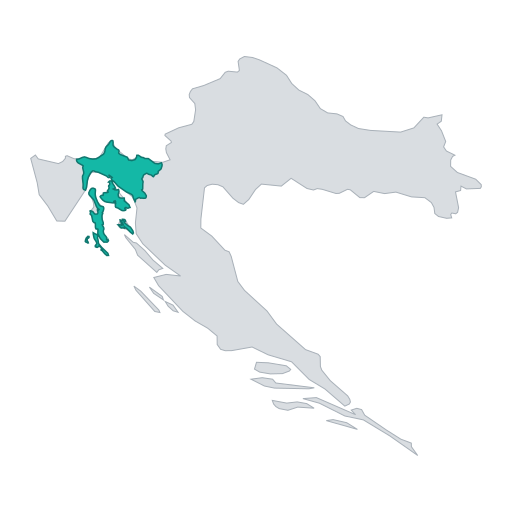 where Primorsko-Goranska sits in Croatia
{"feature_id": "HRV-1586", "entity_name": "Primorsko-Goranska", "entity_type": "County", "adm_level": 1, "iso_a3": "HRV", "parent_name": "Croatia", "parent_adm1": "", "projection": "natural_earth1", "projection_center": [14.596, 45.075], "detail": "fine", "context": "in_parent", "style": "filled", "palette": "teal", "viewbox_px": 512, "rotation_deg": 0, "n_neighbors": 0, "source": "natural_earth", "source_scale": "10m", "svg_char_len": 9038}
<svg xmlns="http://www.w3.org/2000/svg" viewBox="0 0 512 512"><path d="M35.4,155.0L38.2,158.9L58.4,163.6L62.7,161.5L65.4,158.3L65.4,156.3L67.1,155.7L74.2,158.8L95.9,158.5L100.3,156.1L108.5,142.6L111.2,141.4L112.9,142.0L114.2,146.0L117.3,149.7L128.3,158.8L132.4,159.8L136.5,157.4L140.7,156.7L152.6,161.4L162.7,162.3L170.1,159.8L166.4,152.6L165.8,148.9L166.3,145.7L171.4,142.5L171.1,141.1L164.9,135.5L165.2,134.1L178.7,127.8L191.8,124.3L193.8,121.5L195.6,109.8L194.8,103.5L189.5,97.6L189.2,94.6L190.4,91.5L192.5,88.8L203.8,85.5L220.2,78.6L225.2,72.3L228.2,71.2L237.4,72.1L239.4,70.5L238.1,61.4L239.7,59.0L244.4,56.5L252.5,57.5L259.3,59.8L277.0,67.9L286.5,75.3L291.8,83.6L298.9,90.1L307.9,94.6L315.0,100.8L320.3,108.6L327.6,112.9L337.0,113.9L343.0,116.5L345.5,120.9L350.7,124.9L358.4,128.5L370.4,130.4L400.6,132.1L413.9,127.9L423.8,117.2L428.1,117.9L442.0,114.8L441.3,121.2L437.1,124.1L441.5,130.8L445.7,141.5L443.6,146.9L446.4,151.0L454.9,155.2L452.6,156.4L450.7,160.0L450.6,166.4L457.4,172.5L475.7,179.2L481.2,184.6L481.3,186.8L480.3,188.4L466.4,188.9L461.0,186.1L460.6,190.5L455.5,191.9L458.6,207.7L457.6,212.3L455.7,213.8L451.8,213.0L450.7,214.5L451.7,217.9L446.6,218.3L438.5,216.5L434.8,213.5L434.0,207.4L431.4,202.6L424.9,197.7L411.5,196.9L395.9,192.1L384.6,193.6L373.7,191.4L364.5,197.7L359.8,197.6L350.3,189.8L347.5,189.3L339.3,193.3L336.0,193.5L322.2,189.3L317.2,188.6L313.5,190.0L307.0,188.5L291.1,178.3L281.3,186.1L261.4,184.1L255.5,189.5L248.8,199.5L243.4,204.3L238.6,202.6L232.9,198.2L222.9,186.8L217.9,184.7L212.2,184.2L207.2,185.5L204.5,187.8L200.9,219.1L200.8,228.0L211.8,236.1L224.9,250.2L229.1,251.8L231.2,256.4L237.8,281.5L244.5,290.4L267.0,311.0L276.6,324.1L305.5,349.6L318.1,354.2L320.2,356.6L320.4,366.5L321.8,370.2L330.3,380.7L347.7,395.9L349.8,399.4L350.4,402.0L349.3,404.0L344.8,406.1L324.8,388.9L309.2,379.5L291.6,361.8L268.1,354.8L252.1,347.0L231.8,350.6L225.2,350.7L220.6,349.3L217.2,344.5L217.1,336.0L207.7,328.2L195.0,320.9L182.9,311.4L158.6,285.7L153.8,277.5L166.2,274.4L180.6,276.0L165.1,265.1L142.8,243.8L136.2,233.7L135.4,222.9L137.0,208.0L133.0,197.3L116.0,183.5L109.7,176.3L97.2,172.0L91.5,172.4L88.2,177.8L85.7,189.7L64.9,221.2L56.8,221.0L47.8,206.0L39.2,194.7L37.2,182.7L30.7,158.4L35.4,155.0ZM411.3,443.1L411.4,446.7L417.7,455.5L389.8,435.9L363.4,419.9L344.9,416.0L319.4,403.2L302.9,398.6L316.4,397.6L355.6,414.7L351.2,410.1L356.8,408.3L361.6,409.6L364.7,415.2L386.8,430.3L400.9,439.2L411.3,443.1ZM104.9,238.2L104.3,242.0L99.7,237.2L97.3,228.7L91.5,214.9L90.7,211.0L93.8,207.1L93.6,203.3L89.5,191.1L92.9,189.2L95.0,188.9L95.8,197.3L97.7,202.2L103.4,208.1L102.2,217.9L103.4,231.9L104.9,238.2ZM129.7,207.4L120.2,209.5L115.7,205.8L114.5,202.7L106.8,201.8L101.1,195.6L107.8,190.9L111.3,183.4L124.2,198.8L129.7,207.4ZM282.5,373.6L270.3,373.9L259.7,372.1L254.5,369.1L256.5,362.3L268.3,362.8L286.3,365.8L290.7,369.4L289.4,371.0L282.5,373.6ZM314.3,387.8L308.9,388.8L274.5,388.1L264.4,386.0L251.0,379.2L262.2,377.7L272.6,379.2L275.8,383.0L314.3,387.8ZM158.8,269.8L156.8,272.4L137.6,255.2L135.4,249.5L125.9,237.8L124.4,234.6L133.2,242.3L136.4,243.0L144.8,250.5L153.0,260.1L162.8,268.4L158.8,269.8ZM272.3,400.4L286.7,403.1L297.2,401.9L306.7,403.6L314.1,408.2L297.7,407.1L287.9,410.3L279.2,408.6L275.9,406.6L273.6,404.0L272.3,400.4ZM158.9,310.1L159.9,312.5L154.8,311.5L136.0,290.3L133.9,286.1L140.7,291.1L158.9,310.1ZM125.4,220.3L133.2,232.9L126.0,229.0L119.5,227.6L118.2,224.7L120.5,220.0L125.4,220.3ZM346.7,422.7L357.4,429.4L326.3,420.6L333.1,419.6L346.7,422.7ZM173.0,305.1L178.1,312.3L173.2,310.8L168.2,306.3L165.2,301.5L173.0,305.1ZM162.2,296.4L163.4,299.9L153.7,293.4L149.4,287.1L162.2,296.4Z" fill="#d9dde1" stroke="#a8b0b8" stroke-width="1"/><path d="M158.2,163.9L161.4,162.8L161.6,163.2L161.9,163.9L162.1,164.6L162.1,165.1L162.0,165.5L162.0,166.0L161.7,166.9L161.1,168.8L160.7,169.3L160.2,169.7L158.8,170.9L158.3,171.3L158.2,171.6L158.1,171.9L158.2,172.8L158.0,173.2L157.5,173.7L155.0,174.6L154.8,174.8L154.5,175.1L153.5,176.7L153.3,176.7L153.1,176.6L152.4,176.2L152.2,175.8L151.7,175.3L150.9,174.9L148.7,174.3L147.8,173.8L147.2,173.4L146.7,173.3L146.4,173.3L143.7,174.9L143.3,175.7L142.9,176.8L142.8,177.4L142.7,177.7L142.5,177.9L142.3,178.1L142.1,178.2L141.9,178.6L141.9,179.1L142.4,180.1L142.7,180.7L142.9,181.3L143.1,181.8L142.8,183.7L142.7,188.7L142.6,189.2L142.4,189.5L142.1,189.6L141.7,189.8L141.8,190.3L142.0,190.6L144.8,193.1L146.3,195.7L146.3,196.3L146.2,196.9L145.9,197.7L145.6,198.0L145.2,198.2L143.8,198.3L141.7,198.1L140.5,198.2L140.2,198.1L139.6,197.6L139.2,197.5L138.6,197.7L135.8,199.2L135.6,199.5L135.5,199.8L135.5,201.1L135.1,201.7L133.2,197.8L132.9,196.1L132.1,194.9L131.0,194.1L126.3,191.9L118.0,186.1L114.0,181.5L113.0,180.9L111.7,179.7L111.1,178.4L112.2,177.5L111.3,176.7L108.5,174.8L109.9,176.3L110.1,176.5L109.9,177.2L109.2,177.6L108.4,177.6L107.7,177.1L106.7,176.1L98.4,172.3L95.4,171.7L94.1,171.0L92.9,170.8L91.5,171.8L89.9,174.1L88.4,177.0L87.4,180.4L86.6,187.1L85.5,190.2L83.7,189.5L83.4,189.1L83.1,188.5L83.0,187.9L83.0,187.1L83.1,186.2L83.1,183.9L82.5,178.5L82.5,176.8L82.5,176.2L82.7,175.7L83.4,174.4L83.7,173.4L83.7,172.6L83.6,171.6L82.9,168.7L82.7,167.7L82.8,167.0L83.0,166.5L83.2,166.0L83.0,165.6L82.3,165.2L78.3,163.0L77.6,162.4L76.9,161.4L76.6,160.6L76.5,160.1L76.6,159.3L76.8,159.3L78.8,159.0L82.4,157.4L84.4,156.9L86.0,157.3L89.1,158.5L92.6,159.1L96.2,158.8L99.1,157.3L100.5,156.1L103.5,154.2L104.5,152.5L104.9,151.2L105.2,149.0L105.3,148.6L105.8,147.3L106.5,146.4L108.4,144.5L109.2,143.4L110.2,141.5L110.8,140.9L111.2,140.7L112.1,140.4L112.9,140.8L113.1,142.3L113.0,144.1L113.1,145.4L113.8,146.6L114.8,147.5L117.4,149.4L117.9,149.6L118.4,149.8L118.9,150.4L119.0,151.1L118.7,152.9L118.8,153.4L120.3,154.5L127.4,157.3L128.6,160.0L131.8,160.6L135.1,159.6L136.5,157.3L136.8,155.3L138.2,155.2L139.9,156.2L141.3,157.3L142.4,157.5L143.1,157.5L143.9,157.9L144.7,158.5L148.4,158.6L149.2,159.2L154.8,163.4L158.2,163.9ZM106.9,238.0L106.5,238.9L106.5,239.7L107.0,240.0L108.0,239.4L108.5,240.7L108.0,241.4L107.4,242.0L106.9,242.2L106.0,242.1L103.8,242.1L100.3,238.6L97.8,233.6L98.0,229.3L97.6,229.2L97.4,229.1L97.2,228.9L96.9,228.7L96.2,229.1L95.7,228.4L95.4,227.1L95.4,224.0L95.2,223.1L94.9,222.7L94.0,222.6L92.8,221.3L91.6,215.5L90.1,214.1L90.2,213.6L90.2,213.4L90.6,212.7L90.0,211.0L90.6,210.7L92.5,211.4L93.0,211.8L94.4,213.7L95.1,214.1L96.4,214.1L97.2,214.0L97.7,213.5L98.0,212.1L97.7,211.5L97.4,210.0L97.5,209.0L98.5,210.1L99.1,209.4L97.5,208.2L96.4,206.5L94.1,200.6L93.7,199.8L89.6,195.4L88.9,194.2L88.8,192.8L89.7,190.7L90.5,189.4L91.6,188.4L93.0,188.1L94.9,188.8L95.5,189.9L95.2,193.8L95.4,196.1L95.9,197.9L97.3,201.4L99.1,204.8L99.6,205.4L100.6,206.1L102.3,206.4L103.3,206.8L103.8,208.0L103.6,209.7L103.0,211.4L102.2,212.7L102.7,213.4L102.0,215.1L101.9,216.5L102.2,219.7L103.2,222.5L103.3,224.2L102.2,224.8L102.6,225.8L103.5,227.2L103.8,228.0L103.9,229.1L103.4,230.3L103.3,231.5L103.7,233.6L104.8,235.1L106.0,236.5L106.9,238.0ZM123.0,210.7L121.7,210.4L118.0,208.1L115.8,207.3L115.4,206.6L115.4,205.1L115.6,201.6L115.1,200.8L113.8,201.4L113.8,202.1L114.8,202.8L112.8,202.9L106.7,202.1L104.7,201.5L102.8,200.1L101.2,198.3L100.1,196.7L100.7,195.9L101.4,195.5L102.1,195.4L103.0,195.4L103.3,195.0L103.3,194.1L103.3,193.1L104.1,192.7L106.9,192.7L108.2,192.1L107.5,190.7L108.5,189.4L108.9,188.6L109.1,187.8L108.9,187.0L108.6,186.3L108.7,185.6L109.6,184.8L109.7,183.7L109.6,182.8L109.2,182.3L108.5,182.1L109.6,181.0L110.7,180.9L113.2,182.1L112.4,182.1L112.2,182.1L112.3,182.8L112.6,183.4L112.9,183.8L113.2,184.2L114.4,186.0L115.4,188.1L113.3,189.0L114.5,189.7L116.9,190.0L118.5,189.5L119.0,191.3L118.1,194.7L118.5,196.7L119.5,197.7L120.9,198.1L124.3,198.1L124.3,200.9L128.9,204.7L130.0,207.4L129.5,207.4L128.7,208.0L127.7,208.2L126.7,208.0L125.9,207.4L124.8,208.1L124.8,208.7L125.9,209.6L125.6,210.2L124.4,210.6L123.0,210.7ZM124.3,226.7L124.3,227.5L124.5,228.0L125.4,228.7L124.4,228.1L123.1,227.8L122.0,227.8L121.2,228.0L118.0,224.8L118.9,224.7L119.9,224.8L120.8,225.0L121.7,225.4L121.7,224.8L121.4,224.4L121.3,224.2L121.3,223.9L121.2,223.4L122.4,224.3L122.7,224.8L123.3,224.8L122.3,222.8L121.7,222.0L120.6,221.4L120.4,221.1L120.1,220.0L121.7,220.3L123.3,220.7L123.1,220.3L122.7,219.3L124.2,219.4L125.3,220.2L125.5,221.2L124.3,222.0L124.3,222.6L124.9,223.0L127.9,225.7L129.8,226.7L130.6,227.4L132.8,230.7L133.4,232.7L132.7,234.0L130.5,232.3L126.8,228.5L124.3,226.7ZM101.7,247.4L107.9,253.4L108.5,255.4L106.8,255.5L104.7,253.7L102.2,250.7L101.1,250.1L101.1,249.4L102.7,249.8L103.2,250.1L101.1,247.5L99.9,246.6L98.5,246.1L97.9,247.1L97.1,247.4L96.2,247.2L95.3,246.7L95.3,246.1L95.9,246.1L95.8,245.8L95.5,245.3L96.8,243.8L96.3,241.8L94.3,238.7L93.9,237.4L93.3,234.4L93.2,232.7L94.8,233.7L96.7,234.5L98.0,235.8L97.4,238.0L97.8,238.9L98.1,240.4L98.5,243.1L98.9,244.0L101.7,247.4ZM86.2,238.1L87.9,236.3L89.0,236.5L89.0,237.5L88.5,238.1L87.5,238.3L87.4,238.4L87.2,238.6L87.2,238.9L87.3,239.4L87.1,240.0L87.2,240.5L87.3,240.8L87.9,241.6L88.3,242.9L87.7,243.0L86.8,242.4L85.9,242.1L85.3,241.5L85.4,240.7L85.5,240.0L86.2,238.1Z" fill="#14b8a6" stroke="#0f766e" stroke-width="1.5"/></svg>